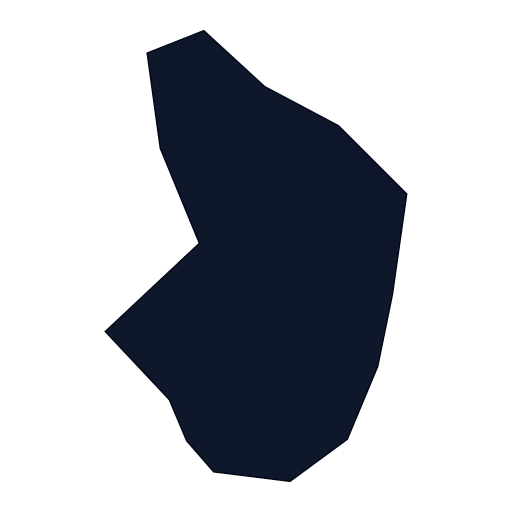 the Urban county of Érd
{"feature_id": "HUN-4907", "entity_name": "Érd", "entity_type": "Urban county", "adm_level": 1, "iso_a3": "HUN", "parent_name": "Hungary", "parent_adm1": "", "projection": "equal_earth", "projection_center": [18.891, 47.383], "detail": "fine", "context": "isolated", "style": "filled", "palette": "ink", "viewbox_px": 512, "rotation_deg": 0, "n_neighbors": 0, "source": "natural_earth", "source_scale": "10m", "svg_char_len": 321}
<svg xmlns="http://www.w3.org/2000/svg" viewBox="0 0 512 512"><path d="M406.7,194.0L392.4,294.5L377.7,366.4L347.3,439.2L290.0,481.3L213.7,471.8L186.7,440.8L169.3,399.6L105.3,331.5L199.4,243.3L160.3,148.2L147.2,53.1L203.8,30.7L264.6,86.6L338.5,125.8L406.7,194.0Z" fill="#0f172a" stroke="#020617" stroke-width="1.5"/></svg>